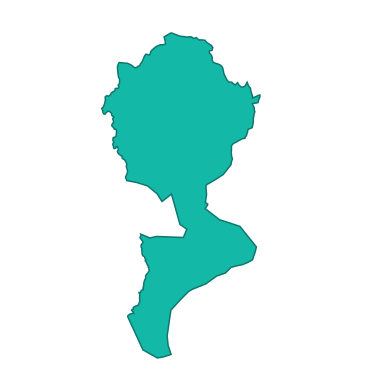 the district of Bayo, Borno, Nigeria, rotated 173°
{"feature_id": "59680162B41297071563530", "entity_name": "Bayo", "entity_type": "district", "adm_level": 2, "iso_a3": "NGA", "parent_name": "Nigeria", "parent_adm1": "Borno", "projection": "robinson", "projection_center": [11.717, 10.466], "detail": "fine", "context": "isolated", "style": "filled", "palette": "teal", "viewbox_px": 384, "rotation_deg": 173, "n_neighbors": 0, "source": "geoboundaries", "source_scale": "gbopen_adm2", "svg_char_len": 4685}
<svg xmlns="http://www.w3.org/2000/svg" viewBox="0 0 384 384"><g transform="rotate(173 192 192)"><path d="M232.6,33.3L233.4,37.9L234.4,42.3L234.2,52.2L227.4,77.3L216.9,86.3L207.2,93.9L202.8,95.6L189.6,99.1L177.7,105.6L168.7,107.5L162.5,112.4L157.1,113.2L150.6,113.8L145.5,115.2L140.2,117.3L136.3,125.5L134.8,129.7L148.7,152.1L165.3,159.9L168.0,161.1L177.0,170.0L180.9,173.8L180.5,174.4L179.2,175.8L177.8,178.0L180.0,179.9L177.9,187.6L177.7,190.5L177.6,194.9L177.0,197.3L174.1,198.5L167.4,201.4L158.8,205.6L150.0,214.3L149.1,217.3L147.8,219.9L148.3,222.7L148.2,226.5L147.6,229.5L147.2,233.1L144.9,235.2L143.5,235.6L142.0,236.2L141.3,236.4L140.1,237.0L137.8,237.9L135.5,238.7L133.4,238.8L132.7,239.1L132.7,239.8L132.1,240.6L131.2,241.1L129.8,244.4L128.7,247.3L124.4,248.5L122.7,253.6L122.1,257.7L120.4,263.1L119.8,263.9L120.2,265.9L120.0,268.4L120.5,269.6L120.8,270.5L121.2,271.7L121.3,272.4L118.4,272.5L117.9,272.5L115.8,272.6L115.3,273.2L115.2,273.6L115.0,274.5L114.6,275.4L114.2,276.0L113.9,276.6L113.6,277.1L113.3,277.5L113.1,277.9L113.1,278.1L113.0,278.5L112.9,279.4L112.7,279.8L112.6,280.5L112.8,280.2L113.3,280.0L114.6,279.7L115.6,279.4L116.5,279.0L117.5,278.8L119.3,278.2L120.5,277.8L120.2,279.7L121.1,283.8L121.3,286.8L121.3,287.9L123.0,290.5L123.9,294.2L126.5,290.6L128.9,289.9L130.4,290.3L132.3,292.3L133.4,295.0L134.3,294.2L136.0,293.0L137.7,294.4L139.2,296.2L141.9,296.6L143.5,298.5L145.0,302.8L145.9,305.6L146.2,309.4L146.4,311.4L147.3,313.4L148.5,314.6L150.8,316.0L153.1,317.0L155.1,318.0L156.0,320.5L155.5,322.7L155.9,325.0L156.8,326.7L157.9,328.2L157.9,329.1L157.3,330.0L155.9,330.0L154.8,330.3L153.8,332.6L154.8,335.0L157.1,336.9L159.6,339.2L160.6,341.0L163.3,341.7L164.5,341.9L166.0,341.9L167.5,343.0L168.4,344.2L169.0,344.8L170.4,344.4L172.4,344.6L173.3,345.9L174.8,346.2L176.7,346.5L177.6,346.1L178.7,346.5L179.5,346.9L183.2,347.7L185.1,348.2L193.2,352.5L197.2,350.9L200.8,349.4L200.3,345.5L200.3,344.1L200.2,342.6L200.7,342.0L203.1,341.7L205.4,342.0L209.7,340.8L212.6,339.0L214.4,337.8L215.8,336.4L216.3,335.1L217.0,333.7L218.2,333.1L219.7,334.1L221.1,334.4L222.6,332.7L223.9,330.3L224.9,328.6L226.0,326.9L227.6,325.4L228.6,323.6L230.6,323.3L231.8,322.2L233.8,322.4L234.9,323.4L236.3,324.9L237.5,325.9L239.2,326.9L240.8,327.8L242.9,328.1L248.5,329.4L249.5,328.0L250.6,325.9L250.9,323.7L251.0,320.8L251.0,317.6L251.0,315.3L250.2,312.8L250.3,311.2L250.7,308.8L252.3,306.9L251.8,304.8L252.6,304.1L253.7,303.8L254.7,304.1L255.5,304.1L255.7,303.1L256.7,301.6L258.5,301.0L260.0,300.1L261.3,298.3L262.6,297.4L263.7,297.4L264.6,298.0L265.8,297.5L266.6,296.9L266.7,296.0L266.7,294.3L267.6,291.2L269.7,287.0L271.4,286.0L270.8,283.6L270.7,281.9L269.9,280.1L268.7,279.9L267.2,281.5L265.6,282.4L263.9,281.8L262.3,279.9L262.3,278.3L261.9,277.2L260.8,276.4L260.5,275.6L261.9,274.5L261.1,271.3L262.3,269.9L263.5,268.3L263.3,267.0L262.1,265.6L261.5,263.9L259.9,263.6L259.5,262.1L259.8,259.8L260.5,257.0L261.2,256.0L262.8,255.8L263.8,255.3L264.2,252.7L263.5,251.0L264.4,249.9L264.9,248.9L264.4,247.3L264.4,245.2L263.7,244.5L262.4,244.7L261.6,246.4L260.7,246.2L259.8,244.0L260.2,242.7L261.2,241.4L260.8,239.8L259.6,238.1L257.9,236.6L256.9,236.0L257.2,235.0L257.0,233.7L255.1,232.3L254.2,230.4L253.4,228.5L253.6,226.7L254.2,225.1L253.6,223.3L253.5,221.2L253.4,220.4L254.0,218.6L254.6,217.5L255.9,215.3L256.2,213.9L255.5,212.4L255.4,211.3L245.8,208.2L235.4,203.5L226.6,194.2L223.6,187.5L222.9,186.2L212.6,192.5L207.9,161.3L201.7,155.7L206.1,147.9L232.7,152.2L239.6,151.5L242.6,153.4L248.1,156.4L247.8,154.9L248.6,154.1L249.1,153.4L248.8,152.2L248.3,151.5L248.0,151.0L247.8,150.5L247.4,149.8L247.0,149.0L246.8,148.1L247.2,147.2L247.9,146.7L248.8,145.9L249.2,144.7L249.1,143.1L248.6,142.0L248.9,140.7L248.9,138.7L249.1,136.5L248.6,134.9L247.8,134.1L247.2,133.6L246.9,133.1L246.9,132.4L246.6,131.8L246.4,130.8L246.1,130.3L246.0,130.0L246.7,129.9L246.8,129.3L246.1,128.2L245.1,124.7L244.3,124.0L244.5,123.0L244.6,122.4L244.2,122.0L244.1,121.4L244.1,120.3L244.0,119.5L244.4,118.8L244.8,118.2L245.3,117.5L246.1,116.6L247.0,116.0L247.7,115.2L248.3,114.3L248.3,113.4L248.5,112.2L249.1,111.2L249.7,110.4L250.4,108.8L250.8,107.9L251.1,106.4L251.5,104.7L252.0,103.4L252.5,102.1L252.1,101.3L252.6,100.8L253.5,100.8L254.3,100.6L254.8,99.7L255.4,98.6L255.9,98.4L256.8,98.8L257.0,98.3L256.3,97.2L256.4,96.0L256.6,94.8L257.0,93.4L257.0,91.8L257.2,90.0L257.9,88.4L258.6,87.3L259.3,86.1L260.2,86.0L261.1,85.8L261.9,85.7L262.9,85.1L263.7,84.9L264.4,84.5L264.4,83.4L264.7,82.8L265.8,82.7L266.4,81.8L265.5,81.0L265.2,80.4L264.9,79.4L264.6,78.6L266.7,78.7L268.9,78.2L270.2,77.4L270.9,76.7L271.0,76.0L259.9,41.2L246.6,31.5L240.6,31.8L232.6,33.3Z" fill="#14b8a6" stroke="#0f766e" stroke-width="1.5"/></g></svg>